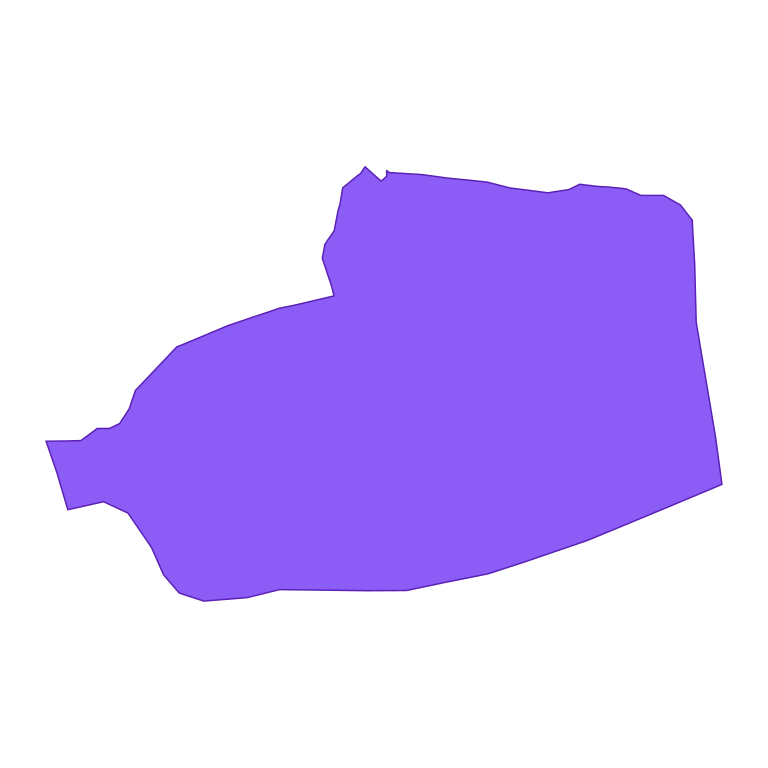 Sharg Aj Jabal, Southern Darfur, Sudan (Mercator projection)
{"feature_id": "16777658B39782725929705", "entity_name": "Sharg Aj Jabal", "entity_type": "district", "adm_level": 2, "iso_a3": "SDN", "parent_name": "Sudan", "parent_adm1": "Southern Darfur", "projection": "mercator", "projection_center": [24.504, 12.892], "detail": "fine", "context": "isolated", "style": "filled", "palette": "violet", "viewbox_px": 768, "rotation_deg": 0, "n_neighbors": 0, "source": "geoboundaries", "source_scale": "gbopen_adm2", "svg_char_len": 4808}
<svg xmlns="http://www.w3.org/2000/svg" viewBox="0 0 768 768"><path d="M692.3,220.2L691.9,219.7L690.6,218.0L690.3,217.7L689.6,216.8L685.4,211.4L682.6,207.7L681.7,206.6L681.5,206.4L680.9,205.6L680.7,205.4L680.4,205.0L679.7,204.5L678.6,203.9L678.1,203.6L675.8,202.4L666.0,196.8L664.4,195.9L663.7,195.5L663.4,195.4L663.2,195.4L662.7,195.4L662.2,195.4L661.5,195.4L661.2,195.4L659.9,195.4L658.0,195.4L656.1,195.4L655.0,195.4L651.7,195.4L645.5,195.4L642.4,195.4L641.4,195.4L641.0,195.4L640.7,195.4L640.4,195.2L640.2,195.1L639.9,195.0L638.9,194.5L638.4,194.3L636.0,193.2L635.6,193.1L634.9,192.8L632.1,191.5L630.5,190.8L628.0,189.7L627.5,189.5L626.6,189.1L626.1,188.9L625.6,188.9L623.6,188.6L621.9,188.4L620.7,188.3L620.0,188.2L617.4,187.9L617.1,187.9L616.2,187.8L614.4,187.7L613.7,187.6L612.9,187.5L612.5,187.5L611.7,187.4L611.3,187.3L610.5,187.2L610.2,187.2L608.9,187.1L608.2,187.0L607.8,187.0L606.2,186.9L605.6,186.9L603.8,186.8L600.8,186.6L599.9,186.6L599.2,186.5L598.3,186.5L597.9,186.4L597.7,186.4L597.3,186.4L596.2,186.3L596.0,186.2L595.3,186.1L594.9,186.1L594.5,186.1L593.7,186.0L593.4,185.9L592.8,185.9L592.5,185.8L592.3,185.8L591.9,185.7L591.7,185.7L591.4,185.7L590.9,185.6L590.2,185.5L589.1,185.4L588.0,185.3L585.4,185.0L583.6,184.7L580.1,184.3L579.6,184.3L577.6,185.3L577.4,185.4L575.3,186.4L574.8,186.7L571.1,188.5L569.9,189.1L569.2,189.5L568.4,189.6L567.6,189.8L566.6,189.9L565.8,190.1L563.1,190.5L560.6,190.8L558.5,191.2L556.1,191.5L555.5,191.6L551.9,192.2L548.8,192.7L548.2,192.8L546.4,192.6L546.2,192.6L545.3,192.5L544.8,192.4L544.1,192.3L540.1,191.8L539.5,191.7L538.0,191.5L532.9,190.9L531.6,190.7L530.4,190.5L527.8,190.2L516.7,188.8L515.1,188.6L513.0,188.3L512.2,188.2L510.7,188.0L509.9,187.9L509.5,187.9L509.2,187.8L506.7,187.2L503.6,186.3L501.7,185.9L500.6,185.6L494.6,184.0L492.9,183.6L490.3,182.9L488.9,182.5L488.6,182.5L488.3,182.4L487.3,182.1L487.1,182.1L486.9,182.1L486.4,182.0L486.0,182.0L485.3,181.9L484.9,181.9L484.6,181.8L483.9,181.8L483.4,181.7L483.1,181.7L482.4,181.6L482.1,181.6L481.8,181.5L481.6,181.5L480.6,181.4L480.2,181.4L479.9,181.3L479.4,181.3L478.1,181.2L472.0,180.5L453.8,178.7L452.7,178.6L446.0,177.9L439.5,177.0L435.4,176.4L433.1,176.1L422.1,174.6L421.5,174.6L418.0,174.3L415.7,174.2L406.7,173.7L403.0,173.4L398.0,173.1L396.4,173.0L389.5,172.6L388.8,172.1L388.1,171.6L386.8,170.7L386.7,171.0L386.7,171.6L386.7,172.6L386.7,173.0L386.7,174.1L386.7,174.3L386.7,174.8L386.7,175.2L386.7,175.4L386.7,175.9L386.3,176.5L385.9,176.9L385.6,177.2L385.3,177.4L385.0,177.8L384.8,178.0L384.0,178.8L383.5,179.2L383.1,179.5L382.8,179.7L382.4,180.1L381.9,180.4L381.8,180.5L381.6,180.6L381.1,181.0L380.9,180.8L380.7,180.6L380.1,180.2L379.9,180.1L379.4,179.6L379.2,179.4L378.9,179.2L378.5,178.8L377.6,178.1L376.9,177.4L376.4,177.0L375.6,176.2L374.7,175.5L373.8,174.6L373.2,174.1L372.1,173.1L371.8,172.8L371.3,172.4L370.9,172.0L370.6,171.7L370.2,171.4L369.2,170.5L368.7,170.0L367.5,169.0L367.3,168.8L366.6,168.2L366.1,167.7L365.7,167.4L365.6,167.2L365.2,166.9L364.8,167.1L364.5,167.5L364.2,168.1L363.8,168.6L363.6,168.9L363.2,169.5L362.3,170.9L361.7,171.8L360.6,173.5L358.5,175.0L358.1,175.3L357.9,175.4L357.1,176.0L355.9,177.0L354.7,178.0L354.1,178.5L352.1,180.1L350.2,181.7L349.8,182.0L349.4,182.4L346.2,185.0L344.8,186.1L343.9,186.9L342.7,187.9L342.6,188.6L342.4,189.4L342.2,190.9L342.1,191.4L342.1,191.6L341.5,194.9L341.1,197.4L340.2,203.0L340.1,203.7L339.0,207.4L338.9,207.8L338.0,211.0L337.3,214.6L337.2,215.2L336.8,217.3L335.7,222.7L335.5,224.1L335.3,225.3L334.8,227.5L334.2,230.8L333.5,231.8L331.4,234.8L330.0,236.8L328.9,238.4L328.3,239.3L327.5,240.4L327.2,240.8L326.8,241.5L324.8,244.6L324.6,245.7L324.4,246.9L324.3,247.6L324.2,247.9L324.1,248.8L323.3,252.7L323.1,254.1L323.0,254.8L322.9,255.2L322.7,256.1L322.5,257.3L322.3,258.3L322.4,258.7L322.7,259.6L323.0,260.5L323.2,261.0L323.6,262.2L325.8,268.7L327.3,273.4L330.3,282.3L331.5,285.9L331.9,287.3L333.9,295.5L334.0,295.9L318.8,299.5L292.2,305.7L289.7,306.2L284.4,307.2L280.6,308.0L280.3,308.1L279.1,308.3L270.7,311.2L252.0,317.4L238.9,321.9L233.6,323.7L233.0,323.9L232.5,324.1L228.4,325.4L189.5,341.7L176.7,347.0L135.4,390.5L134.8,392.3L134.6,392.9L131.0,403.4L130.6,404.8L129.9,406.7L129.6,407.7L129.2,408.8L129.0,409.2L128.8,409.4L128.4,410.1L124.2,416.6L122.2,419.5L120.4,422.4L120.0,423.1L119.6,423.6L109.2,428.5L97.2,428.5L81.6,440.1L81.0,440.6L80.3,440.6L79.8,440.6L79.4,440.6L79.0,440.6L78.7,440.7L78.3,440.7L77.8,440.7L64.7,441.0L62.4,441.0L47.5,441.2L46.1,441.2L57.1,473.3L67.8,509.7L103.5,501.7L128.0,513.1L151.4,547.3L163.6,574.9L179.3,593.1L203.8,601.1L247.2,597.6L279.6,589.6L367.6,590.7L406.6,590.5L442.1,583.0L488.1,573.8L525.2,561.7L587.7,540.3L657.5,511.4L721.9,484.4L720.1,470.6L715.5,436.7L696.2,322.3L694.7,264.4L694.2,256.0L692.5,225.9L692.3,220.2Z" fill="#8b5cf6" stroke="#5b21b6" stroke-width="1.5"/></svg>